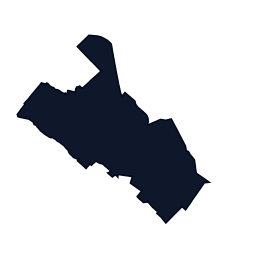 Caracal, Olt, Romania (Natural Earth projection), rotated 37°
{"feature_id": "2599482B13256111556680", "entity_name": "Caracal", "entity_type": "district", "adm_level": 2, "iso_a3": "ROU", "parent_name": "Romania", "parent_adm1": "Olt", "projection": "natural_earth1", "projection_center": [24.333, 44.117], "detail": "fine", "context": "isolated", "style": "filled", "palette": "ink", "viewbox_px": 256, "rotation_deg": 37, "n_neighbors": 0, "source": "geoboundaries", "source_scale": "gbopen_adm2", "svg_char_len": 5613}
<svg xmlns="http://www.w3.org/2000/svg" viewBox="0 0 256 256"><g transform="rotate(37 128 128)"><path d="M215.4,181.1L217.0,169.1L218.5,158.3L223.2,158.7L222.9,148.6L222.7,148.6L222.5,141.5L222.5,140.8L222.5,139.7L222.4,138.8L222.4,136.9L222.3,136.2L222.3,135.3L222.3,134.7L222.3,133.7L222.2,132.7L222.2,131.6L222.1,131.3L222.2,131.2L222.2,130.9L222.2,130.6L222.1,130.3L222.1,129.2L222.1,128.6L222.0,126.3L222.0,126.0L221.6,126.1L225.6,122.4L209.9,123.0L209.8,122.8L209.7,122.7L208.2,121.6L207.5,120.9L204.7,118.0L203.6,116.8L201.0,114.3L200.1,113.4L199.8,113.3L198.6,113.0L195.2,112.2L194.6,112.1L193.8,111.9L193.4,111.8L192.6,111.4L191.8,111.0L190.4,110.4L188.3,111.1L184.8,107.9L184.5,107.7L182.7,106.9L181.4,106.2L180.4,105.7L179.5,105.3L178.5,104.9L176.9,104.1L176.0,103.6L174.6,103.0L171.5,101.5L169.7,100.6L169.2,100.4L166.3,99.0L164.3,98.1L160.8,96.5L157.1,94.7L156.6,95.3L155.6,96.5L155.1,97.2L154.7,97.7L154.4,98.0L154.2,98.3L153.9,98.7L153.6,99.1L153.3,99.2L152.5,99.6L150.5,100.7L149.7,101.1L148.9,101.5L148.7,101.7L148.0,103.0L147.3,104.2L146.8,105.2L146.2,106.3L145.4,107.6L143.8,110.4L143.0,111.8L142.4,112.9L141.9,113.7L141.8,114.0L141.7,114.0L141.4,113.4L141.1,112.6L140.9,112.0L140.6,111.1L140.4,110.7L140.0,110.7L139.9,110.4L139.5,109.8L139.2,109.4L139.1,109.2L138.8,108.9L138.5,108.6L138.3,108.4L138.0,108.2L137.7,107.9L137.2,107.6L136.8,107.4L136.6,107.2L136.2,107.0L135.9,106.9L135.6,106.7L135.3,106.6L134.5,106.4L134.1,106.3L133.8,106.3L133.4,106.2L132.6,106.1L132.3,106.1L132.0,106.1L131.4,106.0L130.3,105.9L126.3,105.6L123.7,105.5L122.2,105.2L121.6,105.0L121.2,104.9L120.7,104.7L120.1,104.5L119.9,104.4L119.6,104.2L119.2,104.0L118.8,103.6L118.4,103.3L117.8,102.7L117.3,102.3L110.8,101.9L104.3,101.5L104.2,101.5L104.1,104.8L104.1,105.8L104.1,106.0L102.5,105.4L101.4,104.7L100.8,104.4L100.5,104.1L100.1,103.8L99.1,102.9L98.0,101.9L97.0,101.1L95.6,99.9L94.5,99.0L93.4,98.1L92.5,97.1L91.5,96.3L91.0,95.8L90.2,95.1L89.6,94.6L88.9,93.9L88.4,93.5L87.0,92.2L86.2,91.5L84.4,89.9L83.5,89.1L83.0,88.6L82.1,87.7L81.1,86.9L80.6,86.3L79.4,85.3L77.8,83.8L76.1,82.2L75.4,81.5L74.4,80.7L73.4,79.8L72.5,78.9L71.8,78.2L70.8,77.3L70.0,76.6L68.5,75.2L67.2,73.9L66.1,72.9L65.4,72.3L65.5,72.3L64.1,71.0L61.4,70.6L58.9,70.4L55.2,70.8L51.6,71.5L48.5,72.8L43.0,76.2L41.0,77.5L38.5,93.5L57.2,96.5L58.0,96.7L58.4,96.7L58.5,96.6L72.3,98.8L69.5,113.0L69.5,113.5L69.2,115.4L67.7,123.1L67.4,123.4L67.0,123.7L66.8,123.8L64.1,123.6L64.0,124.6L63.5,125.0L63.1,125.4L62.7,125.8L62.3,126.1L62.3,126.3L62.4,126.6L62.8,127.2L62.9,127.4L62.8,127.6L62.6,127.9L62.6,128.1L62.7,128.3L63.5,129.3L63.7,130.4L63.9,131.5L63.0,131.8L59.3,133.2L58.9,133.6L58.4,133.7L57.7,134.0L57.4,134.2L57.3,134.3L57.5,134.7L58.6,136.3L59.0,136.8L58.9,137.1L58.4,137.3L58.1,137.4L57.0,137.7L56.9,137.8L57.9,138.7L57.9,138.8L57.4,138.8L57.1,138.8L55.5,139.1L54.7,139.2L53.6,139.4L51.6,139.5L51.3,139.5L50.9,139.4L50.2,139.5L48.9,139.8L48.4,140.0L48.1,140.1L47.1,141.0L46.8,141.0L46.2,140.9L45.5,140.7L45.1,140.6L44.8,140.6L44.3,140.6L44.1,140.6L43.1,141.0L42.7,141.1L42.2,141.2L41.9,141.2L40.8,141.3L39.8,141.3L37.2,140.7L36.7,140.8L36.1,140.9L35.8,141.5L35.6,142.2L35.3,142.5L35.0,142.8L34.6,143.0L32.6,143.7L31.7,144.0L31.7,146.1L31.7,148.0L31.5,149.3L31.5,150.0L31.0,160.4L30.9,164.6L30.8,166.1L30.5,168.6L30.4,170.9L31.1,170.9L31.4,171.0L31.4,173.6L31.3,178.4L31.3,178.8L31.4,179.1L31.4,179.4L31.4,182.4L31.4,183.1L31.5,183.6L31.5,184.0L32.3,184.3L32.6,184.3L32.8,184.5L32.8,184.9L32.9,185.0L33.3,185.0L33.6,185.2L43.7,180.5L44.0,180.6L44.3,180.6L44.7,180.5L45.4,180.4L47.5,180.4L48.3,180.4L48.7,180.3L48.9,180.4L49.6,180.9L50.2,181.3L50.6,181.6L50.8,181.6L51.1,181.7L51.5,181.6L52.6,181.2L53.0,181.1L53.3,181.1L54.2,181.5L54.7,181.7L54.9,181.8L55.3,181.9L55.9,182.0L56.4,182.0L57.2,182.2L58.1,182.5L58.5,182.6L59.0,182.7L59.9,182.9L60.9,182.9L62.1,182.9L63.6,183.1L64.1,183.1L65.1,183.1L66.2,183.0L67.0,182.9L68.4,182.8L68.9,182.7L69.7,182.7L70.3,182.7L70.6,182.6L70.9,182.5L71.3,182.4L71.8,182.3L72.1,182.2L72.4,182.0L72.6,181.9L72.9,181.6L73.1,181.2L73.3,180.9L73.5,180.9L74.3,180.9L75.0,181.0L75.4,181.0L75.6,180.9L75.9,180.8L76.0,180.8L76.2,180.7L76.5,180.7L77.7,180.8L78.3,180.8L78.8,180.9L79.2,181.0L79.4,181.0L79.7,180.9L80.1,180.9L80.5,180.8L82.4,180.7L83.5,180.6L84.7,180.7L84.8,180.7L87.1,180.7L87.8,180.7L88.6,180.9L89.4,181.2L89.7,181.2L90.0,181.3L90.4,181.4L90.7,181.5L90.8,181.5L90.8,181.4L91.0,181.4L91.0,181.5L92.8,181.6L93.1,181.6L94.9,182.7L96.3,183.4L96.4,183.5L97.4,183.7L98.8,183.8L100.8,184.1L102.0,184.3L102.0,184.1L103.0,184.1L104.0,183.9L106.0,183.4L107.4,183.0L107.3,184.5L109.2,184.7L110.3,184.8L111.0,184.9L111.8,184.9L112.6,185.0L117.0,185.4L118.9,185.6L118.9,184.8L118.9,183.8L118.9,183.7L119.1,182.5L119.1,182.0L119.2,181.9L119.2,180.9L119.2,180.4L118.7,180.3L118.8,179.6L121.2,179.9L121.5,177.9L122.2,174.7L122.4,173.6L123.5,173.6L124.6,173.5L125.8,173.3L126.8,173.1L127.8,172.7L128.6,172.3L129.1,172.1L129.9,172.0L130.4,172.0L130.9,172.0L131.3,172.1L132.4,172.3L134.0,172.3L139.8,172.7L139.8,173.2L139.8,173.5L139.7,174.2L139.4,175.1L139.2,175.6L139.0,175.9L138.8,176.1L139.4,176.2L142.2,176.4L145.1,176.5L145.3,175.3L145.4,175.0L145.7,174.3L146.0,173.5L146.2,173.1L146.7,173.1L147.6,173.1L148.2,173.2L149.1,173.2L149.4,173.3L148.0,171.2L160.4,164.3L160.7,164.1L163.1,170.6L176.8,170.2L176.6,177.3L179.9,177.9L180.5,177.9L181.9,177.9L183.2,178.0L185.2,178.2L187.8,175.7L187.7,174.3L187.9,174.3L188.4,175.4L189.0,175.1L195.8,176.6L197.2,176.5L198.5,176.7L200.7,177.0L200.9,176.1L202.6,176.3L202.3,178.8L206.8,179.2L208.7,179.3L209.8,179.8L215.4,181.1Z" fill="#0f172a" stroke="#020617" stroke-width="1.5"/></g></svg>